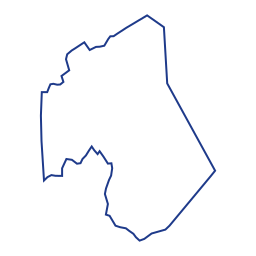 the district of Maraial, Pernambuco, Brazil
{"feature_id": "56859067B76593573663300", "entity_name": "Maraial", "entity_type": "district", "adm_level": 2, "iso_a3": "BRA", "parent_name": "Brazil", "parent_adm1": "Pernambuco", "projection": "equal_earth", "projection_center": [-35.787, -8.834], "detail": "fine", "context": "isolated", "style": "outline", "palette": "blue", "viewbox_px": 256, "rotation_deg": 0, "n_neighbors": 0, "source": "geoboundaries", "source_scale": "gbopen_adm2", "svg_char_len": 938}
<svg xmlns="http://www.w3.org/2000/svg" viewBox="0 0 256 256"><path d="M113.6,36.2L110.3,36.3L108.2,39.1L104.3,45.7L99.8,46.7L96.0,46.9L89.7,50.0L84.3,42.3L74.9,48.5L71.7,50.5L67.2,54.3L66.0,59.2L69.2,70.3L61.5,76.0L63.4,81.9L60.2,84.5L57.2,84.7L53.3,83.8L50.4,84.3L48.8,88.0L47.2,92.1L41.8,92.1L40.9,115.7L41.5,141.0L44.0,180.5L47.5,177.1L51.4,175.1L55.5,175.8L62.1,175.9L62.1,168.3L66.4,159.0L71.9,159.8L77.0,163.7L80.5,163.2L82.5,159.0L85.9,155.5L89.0,150.5L91.7,146.5L94.2,150.2L97.6,154.1L99.6,151.2L103.5,156.7L107.9,163.6L111.4,163.3L112.2,168.2L111.1,175.6L109.0,180.0L106.0,188.5L104.9,194.0L107.9,204.0L105.9,214.6L109.6,215.8L115.5,225.7L120.1,227.2L125.9,228.3L129.1,230.8L133.4,233.8L135.9,237.2L139.6,240.6L144.3,238.9L151.6,233.5L165.4,229.6L169.5,225.7L211.0,175.8L215.1,170.7L195.4,134.8L183.6,113.3L167.2,83.4L163.9,27.2L147.1,15.4L126.3,27.8L117.4,33.6L113.6,36.2Z" fill="none" stroke="#1e3a8a" stroke-width="2"/></svg>